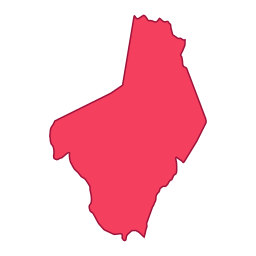 outline of Ogooué-Lolo
{"feature_id": "GAB-2628", "entity_name": "Ogooué-Lolo", "entity_type": "Province", "adm_level": 1, "iso_a3": "GAB", "parent_name": "Gabon", "parent_adm1": "", "projection": "equal_earth", "projection_center": [12.559, -0.822], "detail": "fine", "context": "isolated", "style": "filled", "palette": "rose", "viewbox_px": 256, "rotation_deg": 0, "n_neighbors": 0, "source": "natural_earth", "source_scale": "10m", "svg_char_len": 2644}
<svg xmlns="http://www.w3.org/2000/svg" viewBox="0 0 256 256"><path d="M144.1,237.1L139.1,232.3L135.9,230.5L132.2,230.6L131.3,231.0L127.6,234.4L127.2,234.9L126.8,235.6L126.3,236.9L126.2,237.8L126.1,238.9L125.8,239.9L124.8,240.6L123.5,240.1L122.1,238.0L122.3,235.9L122.0,234.3L121.4,234.0L120.7,233.8L120.0,233.7L114.6,234.4L113.9,234.3L104.6,230.0L103.8,229.4L99.1,224.1L98.1,222.6L93.1,213.4L92.4,212.7L91.7,212.3L90.9,211.7L90.1,210.9L89.4,208.6L89.2,207.4L89.2,206.4L89.3,205.8L89.5,205.4L89.7,205.0L90.3,204.3L90.7,203.5L91.1,202.7L91.2,202.4L91.3,201.6L91.5,199.1L91.2,195.3L90.2,190.5L90.0,189.4L90.0,187.4L89.9,186.8L89.5,185.7L86.8,181.3L85.2,179.2L84.6,178.6L81.7,176.9L81.0,176.3L78.3,172.8L74.6,169.3L73.4,167.5L70.7,162.5L70.3,161.4L69.6,158.3L69.4,156.1L69.4,154.5L69.6,153.6L69.6,153.1L69.3,152.8L68.6,152.6L67.9,152.9L67.1,153.3L61.9,157.7L59.6,158.4L58.1,159.3L57.3,159.6L56.6,159.6L55.1,159.0L54.3,158.6L53.8,157.7L53.6,155.9L53.9,154.0L54.0,152.3L53.9,150.3L53.7,148.9L53.2,146.9L53.0,146.4L52.8,146.0L51.3,143.9L50.9,143.0L50.6,142.0L50.4,140.9L50.2,138.4L49.9,136.6L49.9,135.6L50.4,129.8L50.7,128.6L51.3,127.2L53.4,124.1L54.8,121.0L110.7,93.3L122.6,85.2L134.1,16.2L134.5,15.9L135.0,16.4L135.6,17.3L136.2,18.1L136.9,18.6L137.7,18.8L138.4,18.6L143.4,15.4L144.4,15.6L145.1,16.1L145.8,17.0L146.4,17.7L147.0,18.6L147.4,19.5L148.1,20.3L148.9,20.7L150.3,20.5L152.2,20.9L154.5,21.8L155.4,22.0L156.5,21.7L157.4,21.1L159.5,18.4L160.1,18.7L161.4,19.9L162.8,21.1L163.5,21.5L163.9,21.7L164.5,21.8L165.2,21.8L167.4,21.4L168.1,21.7L169.1,23.2L170.4,24.3L170.7,25.2L170.8,27.2L172.3,33.4L172.6,34.3L173.1,35.1L176.0,37.0L176.8,37.7L177.6,38.2L178.5,38.4L180.5,38.3L181.4,38.7L182.1,39.3L182.9,39.8L183.6,40.0L185.1,39.9L184.9,45.2L182.9,50.2L181.1,53.8L180.6,54.9L180.9,55.7L181.4,56.4L181.8,57.2L182.5,61.3L182.6,63.5L182.8,64.7L183.2,66.0L183.8,66.7L184.5,67.0L185.2,67.3L186.0,67.7L186.7,68.6L205.6,118.6L206.1,121.0L206.0,122.7L196.6,141.5L184.3,161.6L183.8,162.2L183.2,162.5L181.9,161.0L176.4,157.3L175.7,158.1L175.7,158.7L176.5,162.6L176.7,166.4L176.7,170.7L176.4,172.7L175.8,173.9L175.1,174.3L174.3,174.9L173.5,175.8L172.2,178.8L171.8,179.6L170.4,180.3L169.7,180.8L169.1,181.7L168.0,183.6L167.4,184.6L166.6,185.4L165.9,186.1L165.2,186.4L164.5,186.4L163.9,186.3L163.5,186.3L162.9,186.4L160.7,188.0L159.9,188.9L159.5,190.6L159.0,191.8L158.3,192.6L157.6,193.2L156.9,194.3L156.2,195.7L156.0,196.6L155.8,199.6L155.5,200.8L155.0,201.9L154.4,203.0L154.1,204.0L153.7,204.9L152.4,207.2L146.8,222.8L146.6,223.8L146.9,225.8L146.9,226.7L145.8,229.9L145.3,232.7L144.3,236.4L144.1,237.1Z" fill="#f43f5e" stroke="#9f1239" stroke-width="1.5"/></svg>